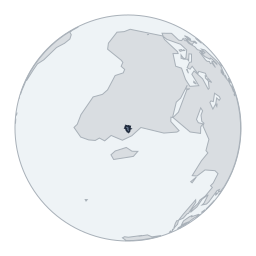 globe centered on Ruvuma, rotated 59°
{"feature_id": "TZA-3389", "entity_name": "Ruvuma", "entity_type": "Region", "adm_level": 1, "iso_a3": "TZA", "parent_name": "United Republic of Tanzania", "parent_adm1": "", "projection": "orthographic", "projection_center": [36.042, -10.46], "detail": "fine", "context": "on_globe", "style": "filled", "palette": "slate", "viewbox_px": 256, "rotation_deg": 59, "n_neighbors": 0, "source": "natural_earth", "source_scale": "10m", "svg_char_len": 6936}
<svg xmlns="http://www.w3.org/2000/svg" viewBox="0 0 256 256"><g transform="rotate(59 128 128)"><circle cx="128" cy="128" r="113" fill="#eef3f6" stroke="#a8b0b8"/><path d="M15.8,118.5L15.8,118.9L15.7,123.2L15.5,126.4L15.8,126.6L15.9,128.5L18.8,128.6L21.8,132.0L22.7,138.8L22.2,147.8L26.2,165.1L26.4,172.6L29.6,179.6L35.1,190.5L34.8,191.1L38.0,195.3L40.5,198.8L41.2,199.8L44.0,203.1L38.8,196.8L34.0,190.0L29.6,182.9L25.8,175.4L22.6,167.7L19.9,159.8L17.9,151.7L16.4,143.5L15.6,135.2L15.4,126.9L15.8,118.5ZM46.0,205.2L46.2,205.4L46.7,205.9L46.0,205.2ZM62.2,219.4L64.1,220.7L66.3,222.2L66.0,222.0L62.2,219.4ZM59.0,216.7L57.5,215.2L58.1,215.6L59.3,216.7L59.0,216.7ZM227.7,75.6L230.2,81.8L229.2,82.6L229.7,84.3L227.8,81.3L227.5,83.9L232.9,96.6L233.6,99.8L232.1,104.2L231.6,101.7L226.5,93.6L227.2,101.1L231.1,109.4L232.5,117.9L230.3,114.1L228.6,106.6L226.8,103.6L226.1,96.8L222.4,86.3L220.0,87.0L219.0,83.2L213.5,74.4L209.4,75.4L203.6,83.6L204.7,93.6L201.9,97.5L193.9,81.9L190.5,72.4L187.5,72.8L179.4,64.5L164.9,62.7L163.0,60.4L160.3,61.3L154.6,58.8L151.7,55.2L148.2,55.3L155.9,64.9L159.7,65.0L163.0,61.6L164.5,65.1L170.0,68.6L163.4,76.8L142.2,84.0L140.4,76.6L125.6,57.9L126.1,55.9L126.1,55.7L125.9,55.3L124.3,58.5L121.8,55.2L129.5,67.5L130.7,73.3L141.9,84.4L140.8,85.6L144.5,88.0L156.6,85.6L156.7,88.1L150.8,99.9L134.2,116.7L136.6,128.7L135.6,139.1L125.7,146.3L127.0,154.6L121.9,157.7L121.8,162.5L117.9,167.9L111.4,173.2L99.7,174.0L98.7,169.6L92.3,161.4L83.4,141.9L86.0,132.6L84.8,125.9L76.4,112.0L78.3,103.7L76.1,100.7L71.6,102.1L69.1,98.6L66.4,98.9L50.0,104.9L45.2,101.1L40.2,88.1L43.4,81.7L44.5,75.3L66.9,50.9L71.0,51.1L88.0,46.3L90.0,46.7L87.4,51.1L99.6,55.3L104.3,51.3L116.0,53.7L124.2,53.5L128.2,45.5L114.8,45.6L113.1,42.0L124.3,38.7L136.1,39.3L135.8,38.0L128.9,34.9L132.1,32.8L126.5,33.8L128.4,35.1L125.0,35.9L123.0,34.9L124.3,34.0L120.9,33.5L115.9,38.2L117.3,40.0L108.1,41.2L109.5,44.5L106.8,46.3L103.4,41.5L104.1,39.6L97.4,35.5L95.8,37.5L102.0,41.7L99.8,41.4L97.7,44.7L97.6,42.1L91.3,37.5L83.3,39.8L72.1,49.0L67.7,50.6L64.3,50.0L69.3,41.9L78.8,39.3L80.7,37.0L79.6,34.6L82.5,34.2L83.2,33.0L86.9,32.2L92.8,28.9L96.6,28.2L99.8,25.1L102.1,24.5L99.6,26.4L99.9,27.5L109.5,26.5L111.6,25.8L112.9,24.0L115.3,24.2L115.3,22.6L121.2,21.9L114.0,21.7L115.3,20.2L119.2,19.1L118.4,18.7L111.9,20.6L110.5,21.5L111.3,22.3L106.3,25.4L102.9,26.2L103.2,23.2L98.3,24.3L100.7,22.0L116.7,17.3L123.0,16.6L131.8,17.9L129.9,18.5L125.8,18.2L128.8,19.6L128.9,18.9L131.0,19.2L132.7,18.3L134.3,18.5L133.3,17.5L135.4,17.7L136.0,18.3L140.3,17.7L144.9,18.2L145.1,18.0L144.1,17.6L150.6,18.8L150.5,18.6L148.3,18.1L146.7,17.5L146.3,17.1L148.6,17.5L149.0,17.7L153.3,19.0L154.1,19.9L155.0,20.0L154.8,19.5L149.6,17.8L148.8,17.5L151.5,18.1L150.5,17.8L153.1,18.3L150.2,17.6L150.3,17.6L158.4,19.5L166.3,22.1L174.0,25.2L181.5,28.9L188.7,33.1L195.5,37.8L202.0,43.1L208.1,48.8L213.7,54.9L218.9,61.4L223.5,68.3L227.7,75.6ZM58.6,61.8L57.8,63.7L58.6,61.8ZM148.3,44.7L155.5,45.5L152.7,40.7L155.3,40.8L153.4,39.3L152.5,40.4L147.9,36.5L151.2,35.6L150.5,33.8L148.1,33.5L142.8,35.9L149.3,41.3L147.5,43.0L148.3,44.7ZM83.6,28.7L84.5,28.9L82.7,30.3L77.9,32.1L80.5,30.1L83.6,28.7ZM86.3,29.1L88.0,26.1L91.1,25.2L89.1,26.1L90.9,25.8L88.2,27.3L89.5,29.6L88.0,31.0L79.9,33.2L83.4,31.6L82.2,31.3L86.3,29.1ZM86.8,23.4L87.6,22.9L93.3,21.3L91.9,21.9L87.0,23.6L85.7,23.8L86.8,23.4ZM96.6,19.8L96.4,19.9L96.6,19.8ZM95.1,20.3L95.4,20.2L94.6,20.4L95.1,20.3ZM92.7,44.9L94.3,44.8L97.0,44.4L95.7,46.6L92.7,44.9ZM88.2,41.8L89.8,41.3L89.2,43.8L87.5,44.0L88.2,41.8ZM91.1,39.1L89.9,41.1L89.5,40.1L91.1,39.1ZM101.1,26.0L102.8,25.6L102.8,26.0L101.6,26.7L101.1,26.0ZM122.4,15.5L122.6,15.5L119.7,15.7L118.7,15.8L119.3,15.7L122.4,15.5ZM125.7,46.8L123.0,48.3L121.9,47.6L123.0,47.2L125.7,46.8ZM108.4,47.1L112.2,48.0L108.1,47.7L108.4,47.1ZM122.3,15.6L122.0,15.5L123.3,15.5L122.3,15.6ZM168.4,199.8L169.0,201.6L167.3,201.5L168.4,199.8ZM155.1,138.0L147.6,156.5L142.2,156.4L141.1,150.8L143.8,139.5L150.0,136.5L153.1,131.6L155.1,138.0ZM238.2,143.9L238.5,145.3L238.4,145.8L238.2,143.9ZM238.1,141.1L238.5,142.3L237.8,142.1L238.1,141.1ZM238.7,142.8L239.1,142.9L239.4,142.5L239.2,143.5L238.7,142.8ZM237.6,140.5L234.3,136.8L232.6,134.0L233.3,132.4L236.0,135.1L237.6,140.5ZM233.1,132.3L230.3,124.9L224.4,107.0L226.5,108.1L232.3,120.1L232.0,121.5L233.7,127.0L233.1,132.3ZM239.1,127.5L238.7,132.2L237.1,129.8L236.2,128.1L235.7,121.2L236.0,118.4L236.8,119.2L238.5,111.5L239.3,115.1L239.2,118.7L239.8,123.7L239.1,127.5ZM205.2,94.6L208.0,101.3L206.3,101.9L205.2,94.6ZM238.1,105.5L238.1,108.8L237.7,103.9L238.1,105.5ZM237.2,100.6L237.7,102.9L237.0,100.2L237.2,100.6ZM230.7,87.3L229.9,87.0L229.4,85.5L230.1,84.9L230.7,87.3ZM230.6,81.4L231.5,83.5L232.0,84.8L230.7,81.8L229.8,79.9L230.6,81.4ZM142.3,16.3L139.6,16.2L139.3,16.6L141.6,17.2L137.2,16.6L137.7,16.0L142.3,16.3ZM222.9,188.7L223.6,187.5L219.3,189.3L219.4,187.0L221.8,184.0L226.7,172.7L226.8,173.3L229.7,166.3L233.6,163.6L237.2,155.1L236.8,157.3L234.2,165.5L231.0,173.6L227.2,181.3L222.9,188.7ZM238.7,146.8L239.4,144.2L239.4,144.6L238.7,146.8ZM240.4,135.4L240.5,134.1L240.5,134.3L240.4,135.4ZM240.1,125.5L240.2,128.9L240.5,128.2L240.2,130.1L240.1,136.0L239.9,137.7L240.1,131.3L239.6,136.7L239.4,136.0L239.6,130.8L240.0,125.5L240.2,123.6L240.6,125.0L240.1,125.5ZM240.0,115.6L239.5,112.0L239.5,112.7L239.2,110.1L240.0,115.6ZM238.6,106.6L238.8,107.5L238.8,108.0L238.4,105.9L238.6,106.6ZM238.5,106.5L237.9,103.7L238.2,104.7L238.5,106.5ZM237.8,102.8L236.9,99.6L234.4,91.0L234.6,91.6L236.4,97.5L237.6,102.2L237.8,102.8Z" fill="#d9dde1" stroke="#a8b0b8" stroke-width="1"/><path d="M125.2,128.2L125.3,128.1L125.6,128.0L125.6,127.9L125.8,127.8L126.0,127.7L126.2,127.4L126.4,127.2L126.3,126.9L126.2,126.7L126.3,126.6L126.6,126.3L126.9,126.1L127.0,126.1L127.1,125.9L127.3,125.9L127.5,125.8L127.6,125.6L127.7,125.8L127.8,125.8L127.8,126.0L127.7,126.1L127.6,126.3L127.5,126.5L127.4,126.5L127.5,126.7L127.8,126.7L128.0,126.5L128.3,126.6L128.5,126.6L128.8,126.4L128.8,126.2L128.9,126.3L128.9,126.5L129.0,126.6L129.0,126.8L128.8,126.9L128.9,127.0L129.0,127.0L129.2,126.9L129.4,126.8L129.5,126.6L129.8,126.4L130.0,126.3L130.1,126.2L130.1,126.4L130.1,126.5L129.8,126.8L129.7,126.9L129.6,127.0L129.6,127.3L129.7,127.5L130.2,127.7L131.2,127.9L131.3,128.0L131.5,128.2L131.5,128.3L131.6,128.5L131.8,128.7L131.8,129.1L132.0,129.6L131.9,129.6L131.7,129.6L131.5,129.8L131.4,130.0L131.2,130.2L131.1,130.3L130.9,130.3L130.8,130.5L130.7,130.5L130.5,130.4L130.4,130.4L130.1,130.4L129.9,130.2L129.7,130.2L129.4,130.3L129.2,130.4L129.2,130.5L128.9,130.5L128.9,130.4L128.6,130.4L128.5,130.5L128.4,130.4L128.3,130.2L128.2,130.2L127.9,130.1L127.8,129.9L127.7,129.9L127.5,130.0L127.4,130.0L127.2,130.2L127.1,130.3L127.1,130.2L127.0,130.3L127.0,130.2L126.9,130.2L126.7,130.2L125.9,130.2L125.8,129.9L125.7,129.8L125.7,129.7L125.4,129.5L125.4,129.4L125.2,129.3L125.2,129.2L125.3,129.0L125.3,128.9L125.3,128.7L125.3,128.4L125.3,128.2L125.2,128.2L125.2,128.2Z" fill="#64748b" stroke="#1e293b" stroke-width="1.5"/></g></svg>